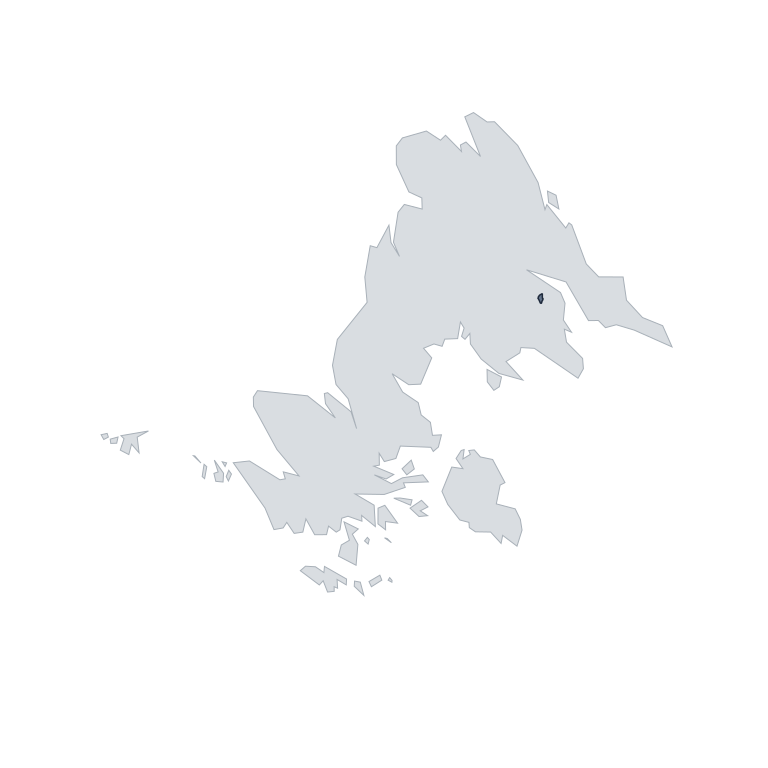 where Blaenau Gwent sits in United Kingdom, rotated 241°
{"feature_id": "GBR-2131", "entity_name": "Blaenau Gwent", "entity_type": "Unitary Authority (wales)", "adm_level": 1, "iso_a3": "GBR", "parent_name": "United Kingdom", "parent_adm1": "", "projection": "equal_earth", "projection_center": [-3.185, 51.758], "detail": "fine", "context": "in_parent", "style": "filled", "palette": "slate", "viewbox_px": 768, "rotation_deg": 241, "n_neighbors": 0, "source": "natural_earth", "source_scale": "10m", "svg_char_len": 4131}
<svg xmlns="http://www.w3.org/2000/svg" viewBox="0 0 768 768"><g transform="rotate(241 384 384)"><path d="M414.8,564.0L378.4,582.7L366.9,581.5L353.0,571.9L338.4,573.1L344.5,568.3L332.1,563.9L310.1,570.1L300.7,565.8L295.0,556.5L342.3,532.8L349.5,521.4L345.4,517.9L344.5,501.6L320.1,507.4L337.6,489.6L358.7,481.1L377.1,479.0L386.6,483.6L383.8,476.5L388.0,474.9L394.1,481.2L401.2,480.9L388.0,470.4L393.8,458.9L388.8,453.1L394.8,447.1L396.1,435.9L383.7,438.4L366.1,416.0L371.4,405.3L389.1,396.1L367.9,396.4L351.1,404.9L338.9,401.5L328.0,406.0L315.6,401.5L311.7,409.6L302.5,401.0L301.1,394.4L305.9,394.3L321.8,368.2L313.1,358.3L316.0,346.7L325.8,346.2L315.3,340.6L317.1,335.2L300.1,348.7L299.9,339.8L309.2,331.5L293.3,342.2L293.0,354.7L285.7,373.9L276.9,375.3L288.1,353.1L283.3,352.5L287.3,330.6L301.8,305.4L282.8,316.6L263.5,307.3L279.9,300.7L274.7,298.2L285.8,288.4L287.1,282.0L277.8,274.8L277.6,270.4L286.6,266.6L280.1,260.7L285.8,250.3L303.9,250.3L293.8,241.2L296.9,233.0L310.1,231.9L307.0,226.0L310.0,217.2L333.2,219.8L388.2,214.0L381.9,229.0L350.7,246.5L348.9,251.7L356.0,253.3L344.8,265.1L378.6,258.6L427.6,259.0L435.9,263.4L439.5,270.1L410.7,311.4L377.9,325.0L395.1,323.3L404.6,327.2L403.7,330.5L375.7,341.7L358.3,338.4L388.5,345.5L406.8,341.8L425.3,348.0L445.6,364.8L463.6,408.8L486.9,419.1L511.6,439.0L506.7,443.9L520.5,465.3L504.3,458.7L488.1,459.4L503.4,461.0L527.4,479.6L531.2,488.8L518.5,502.2L528.4,507.3L539.9,498.9L569.9,501.2L586.3,510.2L590.3,519.4L584.7,543.7L569.8,551.6L571.7,558.4L549.8,564.5L556.0,566.7L555.9,573.0L536.2,578.7L578.5,584.2L578.0,593.9L563.2,601.2L559.8,607.8L527.8,616.6L485.5,616.4L458.4,609.3L462.0,613.4L432.3,618.6L435.3,623.9L432.1,625.3L390.9,619.1L373.6,623.7L361.7,645.0L339.7,636.7L316.8,642.3L299.9,656.0L276.8,653.9L309.8,629.0L323.2,615.9L325.9,605.0L335.6,602.3L340.3,593.6L385.0,592.7L414.8,564.0ZM265.3,442.4L239.1,442.0L239.3,436.6L224.7,424.1L211.2,438.2L199.5,437.6L189.3,433.9L177.7,421.7L194.1,414.4L187.8,409.1L202.8,405.5L210.4,392.3L217.0,389.0L221.8,391.2L228.3,384.4L247.8,381.4L262.0,382.6L278.5,403.0L271.7,412.0L283.9,410.9L288.4,419.3L287.8,422.3L280.2,416.7L280.6,425.4L284.7,425.9L282.6,431.0L273.5,432.9L265.3,442.4ZM262.7,227.0L257.4,235.4L248.2,240.0L253.3,243.5L231.6,256.7L226.6,253.6L235.8,248.2L227.9,244.4L230.9,242.1L226.8,239.9L229.4,233.8L241.4,235.4L239.6,230.0L261.3,220.3L262.7,227.0ZM263.9,268.6L264.1,278.0L282.8,282.2L269.7,291.2L268.0,283.5L256.4,283.4L239.0,271.7L255.5,260.7L263.9,268.6ZM454.0,121.3L462.2,130.1L466.3,128.9L457.1,155.2L457.2,142.4L442.5,136.4L453.8,134.0L446.0,126.6L454.0,121.3ZM277.5,325.9L255.7,328.4L263.0,318.6L255.7,314.7L264.6,310.9L278.3,318.6L277.5,325.9ZM335.8,475.4L346.8,481.2L333.2,490.2L325.7,483.5L325.2,477.0L335.8,475.4ZM262.8,346.6L264.1,360.4L255.2,362.9L255.5,354.2L247.7,358.3L251.1,350.4L262.8,346.6ZM388.3,191.9L387.5,196.3L399.7,198.7L383.7,200.4L376.3,195.7L380.4,189.7L388.3,191.9ZM304.2,370.9L295.0,369.3L293.5,359.9L301.1,358.7L304.2,370.9ZM473.5,620.5L465.7,626.0L452.3,621.8L462.9,616.0L473.5,620.5ZM269.1,352.4L265.1,348.5L279.4,337.2L276.4,342.9L269.1,352.4ZM221.5,259.9L225.9,262.7L222.2,267.2L208.9,263.9L221.5,259.9ZM218.8,287.7L213.5,287.0L212.8,274.7L218.5,275.1L218.8,287.7ZM466.6,125.7L461.8,121.5L464.5,116.2L468.5,117.8L466.6,125.7ZM401.0,187.7L397.6,188.9L388.2,181.2L391.2,180.1L401.0,187.7ZM383.8,206.4L379.2,206.9L374.6,200.9L379.5,201.1L383.8,206.4ZM476.8,112.0L475.0,117.9L471.2,117.2L471.3,112.0L476.8,112.0ZM412.8,183.7L403.6,185.6L413.7,182.5L412.8,183.7ZM257.9,295.1L255.1,295.7L251.7,292.5L256.2,290.9L257.9,295.1ZM394.4,204.8L391.3,208.1L388.9,205.0L394.4,204.8ZM247.3,311.9L241.6,313.5L249.2,309.9L247.3,311.9ZM211.9,295.1L208.3,295.8L206.8,294.8L210.4,292.5L211.9,295.1Z" fill="#d9dde1" stroke="#a8b0b8" stroke-width="1"/><path d="M381.6,564.4L381.0,564.1L380.2,563.1L379.9,562.4L378.5,561.1L378.4,560.8L378.5,560.4L379.2,560.0L382.0,560.3L383.9,560.3L384.1,560.2L384.8,560.8L385.3,561.1L385.4,561.6L386.1,562.6L386.3,563.6L386.3,564.8L386.3,565.9L385.9,566.1L384.8,565.5L383.6,564.8L381.9,564.1L381.6,564.4Z" fill="#64748b" stroke="#1e293b" stroke-width="1.5"/></g></svg>